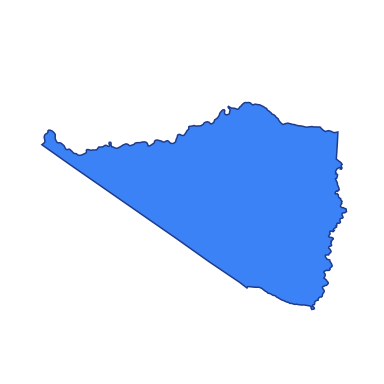 Nova Andradina, Mato Grosso do Sul, Brazil (Natural Earth projection), rotated 99°
{"feature_id": "56859067B45875035456952", "entity_name": "Nova Andradina", "entity_type": "district", "adm_level": 2, "iso_a3": "BRA", "parent_name": "Brazil", "parent_adm1": "Mato Grosso do Sul", "projection": "natural_earth1", "projection_center": [-53.469, -22.068], "detail": "fine", "context": "isolated", "style": "filled", "palette": "blue", "viewbox_px": 384, "rotation_deg": 99, "n_neighbors": 0, "source": "geoboundaries", "source_scale": "gbopen_adm2", "svg_char_len": 5905}
<svg xmlns="http://www.w3.org/2000/svg" viewBox="0 0 384 384"><g transform="rotate(99 192 192)"><path d="M278.2,122.7L276.8,122.3L276.6,121.3L276.2,114.8L276.0,113.2L275.6,111.4L275.7,110.3L276.4,107.7L277.1,106.6L278.5,104.1L278.8,103.1L279.2,102.2L280.0,101.3L280.1,100.0L280.2,98.6L281.2,96.3L281.4,95.2L281.4,93.5L282.2,92.5L282.6,91.7L282.9,90.7L283.3,89.8L284.7,86.1L284.9,84.5L285.7,81.9L285.9,80.7L286.0,79.4L286.5,78.4L286.7,77.5L286.5,76.6L286.5,75.8L286.9,73.4L286.8,72.2L286.4,70.8L286.6,69.9L286.5,66.3L286.4,65.3L286.1,64.4L286.0,63.5L286.1,62.1L286.0,60.8L286.1,59.9L286.1,57.4L287.2,56.3L288.3,56.1L289.3,55.3L288.8,53.8L288.2,52.9L287.0,53.3L286.4,54.2L285.9,55.4L284.6,55.1L284.3,53.8L283.3,53.3L282.3,53.6L281.5,53.6L280.4,52.8L279.5,51.8L279.2,50.5L277.9,50.7L276.7,50.1L275.7,49.1L275.4,47.6L274.5,47.0L272.5,47.1L271.8,46.7L270.9,46.4L270.1,45.9L269.3,45.9L268.4,46.2L266.6,48.0L265.6,48.3L264.9,47.8L264.5,46.9L263.5,45.8L263.1,44.5L261.2,43.2L260.3,43.2L258.7,44.9L257.7,45.8L256.4,48.3L255.1,47.7L253.6,47.4L252.6,47.5L252.0,47.9L251.4,48.6L250.5,49.2L249.7,49.1L249.2,48.4L248.9,47.6L248.1,46.8L248.3,45.7L247.9,44.2L246.9,43.5L246.2,43.9L245.4,43.6L243.9,42.3L243.0,41.9L242.2,42.4L241.1,43.0L240.0,43.9L239.3,44.6L238.5,45.0L237.6,45.3L237.2,48.2L235.4,49.9L234.5,50.3L233.7,50.4L233.1,49.3L232.9,48.2L232.8,47.2L231.7,46.9L230.1,45.7L229.3,45.3L228.2,45.7L226.7,47.0L226.3,48.0L225.4,48.3L224.4,48.1L223.6,46.3L223.0,45.8L221.9,46.1L221.1,46.9L219.9,46.5L218.9,47.0L218.4,46.3L217.2,45.9L216.4,45.1L215.6,45.3L215.2,46.3L215.0,47.4L215.3,48.5L214.6,50.1L213.4,49.9L211.8,49.0L211.1,49.2L210.1,49.8L208.9,49.3L208.9,48.2L209.1,47.1L208.9,46.1L207.9,45.6L208.2,46.5L207.2,46.5L206.2,46.2L205.5,45.6L204.4,44.2L203.8,43.7L202.8,44.5L202.1,43.7L201.1,44.0L200.2,43.8L199.9,42.7L199.9,41.8L199.2,41.0L198.3,40.7L197.1,41.4L196.0,41.6L195.1,41.2L194.6,40.3L194.3,39.3L193.6,38.8L192.2,39.5L191.3,40.3L190.4,40.4L189.4,40.2L188.9,39.1L188.6,37.8L187.2,36.3L186.3,36.7L185.3,36.9L184.5,37.3L184.4,38.7L183.8,39.8L184.0,41.4L183.6,42.3L183.1,43.0L182.4,43.2L181.1,42.9L179.8,42.2L178.8,42.7L177.8,42.3L176.4,43.9L175.3,44.1L174.8,45.3L174.4,46.2L173.1,46.8L171.9,47.1L170.9,48.5L171.5,49.7L170.8,50.5L169.7,50.3L168.3,49.4L168.6,48.3L167.5,47.6L166.7,46.9L164.8,47.7L161.8,49.6L160.8,49.7L159.8,50.1L158.6,51.1L156.5,52.4L155.8,51.3L154.8,51.0L153.1,50.9L152.0,51.0L151.6,51.9L151.5,53.0L150.5,52.7L149.5,53.5L148.4,53.2L147.6,52.8L146.4,52.4L145.7,51.4L144.8,50.6L144.8,49.2L146.1,49.2L146.1,48.0L144.8,47.6L144.0,48.1L143.4,48.6L142.2,48.8L141.4,48.0L140.3,48.8L139.3,50.1L138.8,51.2L137.5,53.6L137.0,54.6L120.6,56.1L109.9,57.3L110.3,58.4L110.9,59.9L111.1,61.2L110.9,62.4L110.3,64.0L110.2,65.3L110.0,66.6L110.6,68.2L111.4,69.7L110.7,71.6L109.1,74.1L108.5,74.8L107.8,75.7L108.0,77.3L108.2,78.2L108.4,80.3L108.7,81.5L108.6,83.9L109.0,85.1L109.3,86.5L109.7,87.6L110.0,88.8L110.1,90.0L109.8,92.4L109.7,94.0L109.9,97.5L109.7,99.6L109.4,101.2L109.4,102.5L109.6,103.3L109.2,105.1L109.2,106.0L109.1,106.9L109.0,108.1L110.0,110.8L110.7,111.8L111.1,112.9L109.8,115.1L108.9,116.2L108.1,117.1L106.0,118.6L105.4,120.0L104.7,120.9L104.1,121.4L103.1,122.8L102.7,124.1L102.5,125.3L101.8,125.8L101.1,126.8L100.4,127.9L99.2,130.5L98.3,130.9L97.7,131.7L97.5,132.8L96.5,134.6L95.9,137.0L95.4,138.2L95.3,139.2L95.4,141.2L95.3,142.6L95.5,143.9L96.5,145.4L95.6,147.5L94.9,148.1L94.7,150.2L95.2,151.7L95.2,153.0L95.7,154.2L96.5,155.0L97.4,155.8L98.1,156.3L99.4,157.0L100.3,157.8L101.0,158.3L102.5,158.9L103.2,160.0L103.0,161.2L102.7,162.6L102.7,163.7L102.9,166.0L102.5,167.6L101.7,169.3L102.3,169.7L103.4,169.0L104.3,167.6L105.3,167.1L106.5,167.4L108.8,167.3L109.6,168.1L110.4,170.0L110.3,170.9L109.6,171.9L108.8,172.4L106.6,172.3L105.7,173.1L105.9,174.2L107.3,175.4L108.4,176.1L109.3,176.6L110.2,176.9L112.3,177.2L114.5,178.2L115.6,179.1L117.3,181.0L118.1,181.1L119.4,181.2L120.2,181.7L121.2,182.8L121.8,183.7L121.5,184.8L120.6,185.8L120.2,187.6L120.6,188.8L121.0,189.8L122.0,190.9L123.3,191.4L125.1,193.5L125.5,194.6L126.3,198.6L126.0,200.4L127.0,202.5L127.5,204.7L128.1,205.4L129.2,205.2L130.4,205.1L132.2,206.5L132.9,206.8L133.7,207.0L137.0,208.6L137.5,209.4L137.7,210.5L137.4,212.0L137.0,213.1L137.4,214.5L138.1,215.1L139.1,215.2L140.3,215.2L142.5,215.9L144.5,216.0L145.3,216.3L146.1,217.0L147.0,218.3L147.2,219.3L147.2,220.6L146.7,221.7L145.8,222.7L145.1,224.0L145.7,225.5L146.7,226.7L147.1,227.9L147.1,229.1L146.5,229.9L146.4,231.4L146.2,233.2L146.1,234.5L146.3,235.3L146.7,236.2L147.7,236.9L149.0,236.9L150.0,237.5L151.3,239.0L152.7,240.5L153.2,241.3L153.2,242.7L151.9,243.1L150.7,244.0L150.1,245.1L149.9,246.0L150.3,248.5L151.4,251.3L151.6,252.2L151.7,253.2L151.9,254.2L152.3,255.2L152.8,256.0L153.6,256.4L154.2,257.0L154.7,257.9L155.2,258.9L155.8,259.9L155.9,261.2L155.0,262.7L154.7,264.2L155.1,265.4L156.4,267.5L158.5,269.8L159.6,271.5L160.4,272.3L160.6,273.8L160.6,274.8L159.9,277.0L159.8,278.4L158.0,279.4L157.1,279.5L156.2,279.6L155.6,280.3L155.9,281.5L157.2,281.6L158.0,281.1L158.7,280.6L159.4,280.6L159.9,281.3L159.9,282.5L159.5,283.4L159.3,284.4L159.8,285.6L161.2,286.9L161.6,288.0L162.2,291.2L165.1,292.6L165.7,294.3L166.0,296.8L166.6,298.1L166.5,299.5L166.3,301.1L166.6,302.5L167.4,302.9L168.7,302.5L170.0,302.8L172.9,307.1L173.4,308.9L173.3,310.3L172.3,312.3L172.2,315.0L170.6,316.9L168.9,319.6L169.0,320.5L169.4,321.2L169.7,322.1L169.7,322.9L169.0,323.7L168.1,324.4L166.8,325.2L166.0,326.0L165.6,326.8L165.0,327.6L164.1,329.4L164.1,330.4L164.3,331.4L164.3,332.6L163.4,333.7L161.5,335.0L160.5,335.5L159.6,335.7L157.2,335.9L156.4,336.2L155.6,336.9L154.9,337.7L153.7,339.5L153.3,341.0L153.2,342.1L153.3,343.2L154.0,343.8L155.8,343.7L156.5,344.1L157.7,345.7L158.5,346.2L159.5,346.5L160.7,346.6L161.7,346.4L163.4,345.6L165.0,345.2L166.0,345.3L166.8,345.9L168.8,347.7L184.1,316.7L240.7,199.5L258.4,163.8L273.7,131.0L278.2,122.7Z" fill="#3b82f6" stroke="#1e3a8a" stroke-width="1.5"/></g></svg>